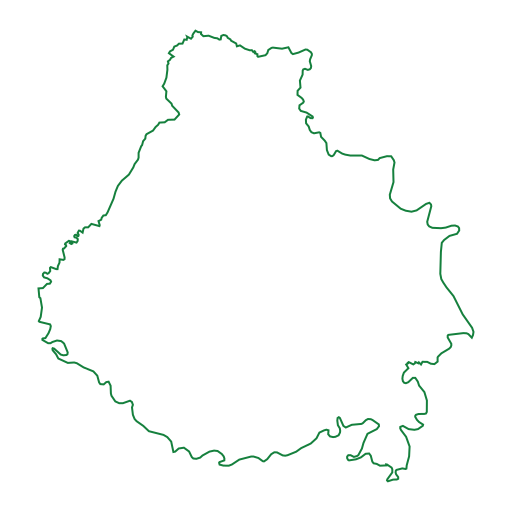 the district of Soc Son, Ha Noi, Vietnam
{"feature_id": "81297802B86407395704878", "entity_name": "Soc Son", "entity_type": "district", "adm_level": 2, "iso_a3": "VNM", "parent_name": "Vietnam", "parent_adm1": "Ha Noi", "projection": "orthographic", "projection_center": [105.824, 21.281], "detail": "fine", "context": "isolated", "style": "outline", "palette": "green", "viewbox_px": 512, "rotation_deg": 0, "n_neighbors": 0, "source": "geoboundaries", "source_scale": "gbopen_adm2", "svg_char_len": 5937}
<svg xmlns="http://www.w3.org/2000/svg" viewBox="0 0 512 512"><path d="M409.1,456.4L409.6,446.5L406.1,436.8L400.9,429.9L400.2,428.2L400.3,426.9L402.9,425.9L408.6,429.1L414.4,429.8L418.0,429.1L422.8,425.8L423.1,424.6L419.0,422.0L417.0,419.9L415.2,416.8L415.3,415.7L416.0,414.8L418.5,414.0L424.5,413.9L426.0,413.5L426.8,411.9L426.9,400.5L424.4,392.1L419.1,385.6L417.8,381.6L415.3,377.9L412.8,377.9L408.3,382.2L405.9,383.2L404.2,382.8L402.9,381.2L402.4,378.7L402.7,376.0L403.9,372.6L408.4,368.2L406.2,364.5L407.9,363.4L407.7,362.9L408.7,362.1L413.3,364.4L414.9,363.3L415.3,362.0L418.4,363.3L418.9,362.4L421.0,364.5L422.5,361.8L427.3,361.9L430.8,363.7L434.4,364.1L437.6,361.6L437.6,357.4L438.1,356.6L441.4,353.3L449.1,348.7L450.7,347.1L451.3,345.5L451.3,343.8L447.7,337.5L447.7,335.7L448.3,334.9L463.4,333.1L466.6,333.3L468.4,334.1L471.8,337.7L473.0,335.0L473.5,331.9L472.1,327.8L462.7,314.4L453.5,296.1L446.5,287.4L443.3,282.6L441.3,279.1L440.3,273.8L440.9,251.8L441.8,242.8L444.1,240.0L449.5,235.9L457.0,233.8L459.2,230.5L459.1,228.1L457.9,226.5L455.0,225.5L451.5,225.7L445.7,227.6L441.0,228.2L432.3,227.8L429.2,226.4L427.7,224.5L427.2,221.8L431.3,206.2L431.0,204.5L429.4,202.8L426.1,203.9L416.6,210.4L411.5,211.7L405.7,210.7L400.7,208.7L392.0,201.5L390.1,198.4L389.8,194.7L393.5,182.1L393.2,169.5L394.5,162.5L393.8,160.2L391.2,156.3L386.9,156.2L379.7,158.1L378.0,159.9L374.6,160.3L369.4,159.0L361.8,155.5L350.1,155.5L345.2,154.6L342.2,153.6L337.4,150.7L336.1,151.1L333.7,155.1L332.4,156.1L331.2,156.2L328.7,154.6L326.9,150.1L326.4,143.1L324.7,140.6L321.1,136.9L320.3,132.9L319.2,132.3L314.0,133.3L311.4,132.2L309.8,130.0L308.7,126.5L306.1,123.3L305.9,119.7L307.2,116.5L307.9,116.4L310.5,118.1L312.5,118.2L312.9,117.5L312.6,116.5L306.6,112.6L300.8,110.9L299.2,108.6L299.5,105.3L303.2,102.7L303.8,101.5L303.1,99.6L301.6,97.9L297.5,94.9L297.6,90.8L300.5,87.6L299.9,80.6L302.6,74.6L302.7,70.6L303.3,69.4L305.0,68.8L307.8,69.9L309.8,69.3L310.9,68.0L311.2,66.1L309.8,61.3L310.1,59.3L311.8,55.3L311.9,54.0L311.0,52.3L307.3,49.7L305.5,49.5L298.5,52.6L292.9,54.1L291.4,53.0L288.4,47.3L282.0,48.7L272.9,47.6L271.5,47.9L268.3,50.0L267.3,53.2L265.5,55.2L258.1,56.8L257.4,56.1L257.4,54.2L255.0,53.4L255.4,52.2L254.6,51.2L253.3,52.0L251.9,50.2L249.8,50.3L244.9,48.7L240.0,45.4L236.9,46.3L236.2,43.5L231.1,40.7L230.4,39.4L227.7,37.8L227.0,36.3L225.6,35.4L223.4,35.0L221.3,35.9L220.7,39.4L219.3,39.6L217.3,38.3L214.3,37.9L208.6,35.7L203.4,36.2L201.0,34.0L201.1,32.3L198.0,32.1L195.5,30.7L193.3,33.6L192.4,35.5L192.7,36.7L191.0,38.7L187.1,36.6L187.6,37.8L187.0,38.3L186.7,39.8L184.3,39.5L182.5,43.6L178.9,43.7L177.1,45.5L174.3,46.6L173.0,49.7L170.0,51.4L168.9,53.2L173.6,56.6L171.1,57.9L169.9,59.9L167.9,61.4L168.5,63.5L167.3,65.3L167.4,69.8L166.4,77.7L164.2,83.7L162.6,86.3L166.4,91.3L165.9,96.8L166.3,98.6L171.5,103.6L172.2,105.8L178.6,112.5L179.2,114.5L174.5,119.6L168.0,119.8L164.7,122.3L159.4,122.6L158.1,124.8L155.6,127.0L153.0,130.6L146.5,134.2L145.6,135.8L145.3,138.6L143.1,141.2L142.1,145.1L141.2,146.2L138.6,152.8L138.6,157.6L138.0,159.6L134.6,164.1L133.3,167.4L128.9,174.6L121.9,180.6L117.9,185.9L115.5,191.7L113.5,198.8L107.5,212.5L105.8,215.2L103.4,215.5L101.7,217.8L101.2,219.7L98.5,221.1L99.7,225.1L99.4,226.1L91.4,223.9L88.2,227.3L85.1,227.3L83.5,228.6L82.6,232.6L79.9,230.7L78.9,230.6L77.7,232.8L78.7,234.9L78.3,236.1L77.6,236.1L76.0,234.7L74.9,235.0L74.2,236.1L74.6,237.3L76.4,237.7L77.8,239.1L77.6,241.0L76.5,242.6L71.8,241.4L71.7,242.5L72.3,243.5L71.3,244.0L69.8,243.1L70.8,241.5L68.9,240.8L65.2,243.5L65.0,244.4L66.1,245.2L66.2,246.1L64.0,248.5L63.0,248.7L62.7,249.8L64.6,257.5L64.5,259.2L63.4,259.9L59.6,259.3L59.5,262.6L57.9,266.1L57.5,269.1L56.2,269.1L50.8,267.1L50.0,267.9L50.2,271.1L48.6,273.2L47.4,273.8L45.8,272.7L44.3,272.5L43.0,273.9L42.8,275.6L44.1,277.4L47.4,278.3L50.5,280.3L51.1,281.7L49.8,283.7L47.0,283.9L42.9,288.1L38.5,288.4L39.3,297.2L40.4,298.2L42.0,307.6L40.7,316.9L38.8,321.1L39.4,321.8L50.1,324.4L50.8,326.1L50.2,329.2L48.5,333.2L45.4,338.1L42.9,338.4L42.4,338.8L42.4,339.9L48.1,343.2L50.5,343.2L52.4,342.0L57.0,340.5L61.1,341.1L62.7,342.3L64.1,343.6L67.7,352.4L67.4,354.3L66.4,355.0L63.4,355.3L60.8,354.6L54.1,348.6L52.7,348.2L52.4,348.8L52.7,350.3L56.1,354.3L58.3,358.5L67.8,362.9L74.2,362.5L76.8,363.2L83.6,367.4L93.4,371.4L97.3,375.7L99.1,382.4L100.3,384.1L103.7,384.4L106.3,382.1L108.6,381.7L110.6,385.7L110.9,393.5L111.5,395.8L115.3,401.4L119.2,403.2L122.9,403.2L130.0,400.7L131.9,402.0L132.9,404.8L132.0,407.4L132.9,414.8L134.6,419.0L136.6,421.2L143.3,425.9L148.9,431.2L163.5,434.9L167.3,437.1L171.2,441.6L173.4,452.0L175.2,451.6L178.7,448.5L183.9,447.7L189.1,451.5L191.8,457.1L193.3,458.5L196.3,458.8L200.2,457.6L202.5,455.5L209.5,451.6L214.1,450.6L217.6,451.0L221.8,454.0L223.7,456.4L224.4,458.5L224.3,460.4L219.5,462.1L219.1,462.8L219.6,464.6L223.4,465.6L228.8,465.7L231.9,464.5L239.3,459.6L251.3,456.5L253.4,456.5L258.4,458.0L262.8,461.2L264.0,461.4L267.2,459.2L271.2,454.2L274.3,452.3L277.0,452.4L282.7,455.4L285.3,455.7L287.6,455.2L296.2,451.7L301.2,448.1L310.8,443.5L316.5,438.3L319.4,432.6L324.0,430.4L326.4,429.7L328.5,430.3L328.2,434.2L330.0,436.4L333.1,437.1L335.4,436.8L338.6,435.3L340.0,432.5L340.2,430.9L339.8,428.3L337.9,425.2L337.3,420.6L337.6,418.0L338.8,417.2L339.9,418.0L343.4,425.9L345.8,427.5L351.8,424.8L361.5,423.9L362.8,423.2L365.8,420.2L368.0,419.0L370.8,419.2L372.5,420.0L378.8,424.4L379.0,426.2L376.8,429.1L367.5,433.8L363.5,442.9L361.9,448.6L358.3,455.2L356.9,456.1L353.9,456.9L350.6,455.2L348.3,455.2L347.2,456.5L347.1,458.0L348.0,459.8L349.0,460.4L356.0,459.3L360.9,457.4L365.6,453.8L369.1,453.5L370.8,455.8L372.3,461.6L373.6,463.3L376.7,463.9L380.0,465.7L386.4,465.4L386.2,464.4L387.0,464.5L391.6,467.6L392.3,469.3L392.3,472.4L387.3,479.3L387.0,480.4L387.9,481.3L393.1,479.6L396.8,479.5L398.2,478.8L398.2,477.1L396.1,474.3L395.6,472.5L395.8,470.7L396.5,469.9L402.3,468.4L405.6,469.0L406.4,468.6L406.7,465.4L409.1,456.4Z" fill="none" stroke="#15803d" stroke-width="2"/></svg>